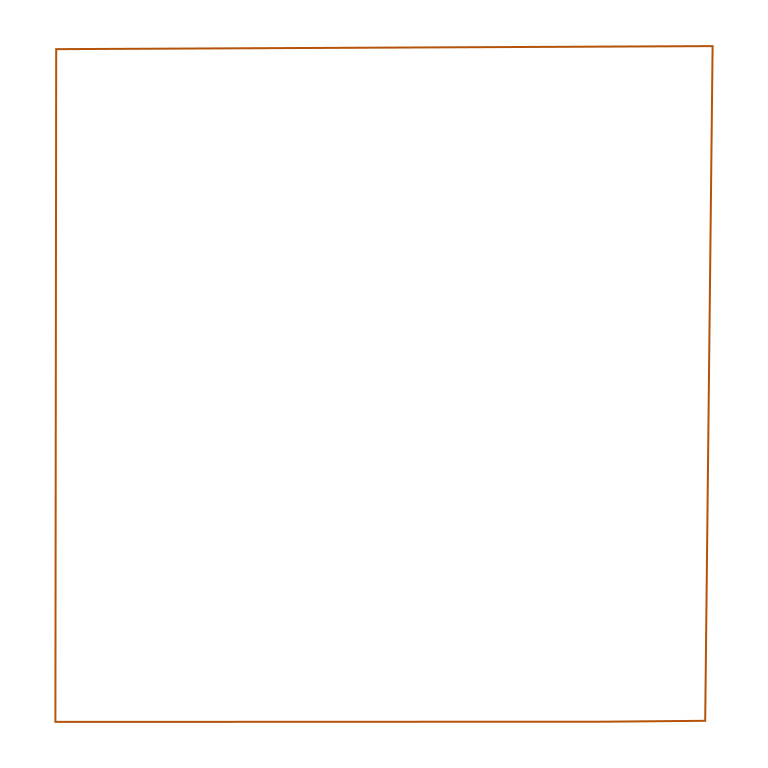 Martin, Texas, United States of America
{"feature_id": "52423323B4659936825166", "entity_name": "Martin", "entity_type": "district", "adm_level": 2, "iso_a3": "USA", "parent_name": "United States of America", "parent_adm1": "Texas", "projection": "natural_earth1", "projection_center": [-101.937, 32.306], "detail": "fine", "context": "isolated", "style": "outline", "palette": "amber", "viewbox_px": 768, "rotation_deg": 0, "n_neighbors": 0, "source": "geoboundaries", "source_scale": "gbopen_adm2", "svg_char_len": 205}
<svg xmlns="http://www.w3.org/2000/svg" viewBox="0 0 768 768"><path d="M603.1,721.7L705.2,720.8L712.6,46.1L66.6,49.1L56.2,49.1L55.4,721.9L603.1,721.7Z" fill="none" stroke="#b45309" stroke-width="2"/></svg>